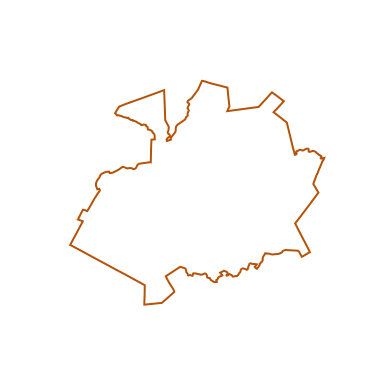 the district of Mavoko, Eastern, Kenya, rotated 61°
{"feature_id": "3690345B67354974829393", "entity_name": "Mavoko", "entity_type": "district", "adm_level": 2, "iso_a3": "KEN", "parent_name": "Kenya", "parent_adm1": "Eastern", "projection": "natural_earth1", "projection_center": [37.054, -1.446], "detail": "fine", "context": "isolated", "style": "outline", "palette": "amber", "viewbox_px": 384, "rotation_deg": 61, "n_neighbors": 0, "source": "geoboundaries", "source_scale": "gbopen_adm2", "svg_char_len": 6059}
<svg xmlns="http://www.w3.org/2000/svg" viewBox="0 0 384 384"><g transform="rotate(61 192 192)"><path d="M100.6,128.0L100.2,128.8L99.6,129.4L104.7,136.1L105.4,137.2L106.5,139.5L109.1,145.3L109.6,146.3L109.8,147.3L110.0,148.2L110.2,150.7L110.3,151.4L110.6,151.9L111.1,152.3L111.6,152.4L112.2,152.2L112.7,151.9L113.3,151.7L113.9,151.8L114.5,152.5L115.6,154.2L116.2,155.0L116.9,155.3L118.3,155.2L118.8,155.2L119.4,155.4L119.8,155.9L120.0,156.4L120.4,157.0L120.8,157.4L121.2,157.8L121.8,158.1L122.9,158.6L123.4,159.4L123.5,160.1L123.7,161.0L125.0,162.4L125.3,163.5L125.8,168.3L126.1,171.9L126.4,172.7L126.9,173.9L127.3,174.4L128.3,175.3L129.3,175.8L130.6,176.7L131.4,177.4L131.9,178.5L132.9,180.8L134.0,183.4L134.4,184.1L134.8,184.7L135.4,185.0L136.0,185.1L135.2,189.3L134.5,189.1L133.9,188.7L133.1,187.6L132.8,186.5L132.8,185.7L132.6,184.8L132.2,184.2L131.8,183.9L131.1,183.9L130.2,184.1L129.7,184.4L129.0,184.5L128.3,184.4L127.8,184.1L127.1,183.2L126.5,182.5L125.3,181.7L124.7,181.5L124.1,180.9L123.4,180.7L116.2,180.6L111.0,177.9L89.4,167.0L87.1,181.5L85.7,190.4L82.8,207.8L82.0,214.3L85.8,221.1L86.4,220.8L87.2,220.8L88.2,220.6L88.8,220.3L88.9,219.7L89.2,219.2L90.2,218.2L90.8,217.4L91.6,216.7L93.0,215.8L93.6,215.3L94.0,214.9L94.5,214.0L95.0,213.3L95.8,213.0L96.1,212.4L96.2,211.8L96.8,211.6L97.6,211.5L98.4,211.1L99.2,210.6L99.7,210.1L100.0,209.5L100.3,209.0L101.1,209.1L101.7,208.1L102.9,207.2L103.5,206.6L105.0,206.0L105.6,205.7L106.3,205.0L106.9,204.6L107.5,204.3L108.2,203.9L109.0,203.9L109.3,203.3L109.4,201.8L109.9,201.1L110.4,200.4L110.9,199.9L111.5,200.2L112.4,200.0L113.0,199.6L113.6,199.3L114.2,199.6L115.3,200.1L115.9,200.3L116.3,200.0L116.6,199.4L117.0,199.0L117.4,198.5L117.9,198.2L118.6,198.0L119.1,197.6L119.8,197.3L120.5,197.6L121.3,197.5L122.2,197.2L122.8,197.0L123.5,197.0L124.2,197.2L126.0,198.1L126.7,198.5L127.9,199.0L126.6,202.1L132.1,205.5L146.1,213.7L145.7,214.3L144.7,216.3L144.4,217.3L144.0,218.5L143.1,220.7L142.5,222.3L142.0,223.5L141.7,224.3L141.7,225.0L141.7,225.6L141.8,226.3L142.2,227.1L143.6,229.0L143.8,229.5L144.0,230.1L144.0,230.8L143.9,231.6L143.6,232.2L142.4,232.9L141.7,233.5L141.4,234.0L141.1,234.4L140.6,235.5L140.3,236.3L139.9,237.3L138.8,238.2L137.4,239.3L136.9,239.9L136.4,240.6L136.4,241.6L136.5,242.4L136.8,244.3L136.9,246.4L136.7,251.8L136.5,252.4L135.8,254.4L135.5,254.9L134.0,254.6L132.9,256.9L132.6,258.7L132.4,260.0L132.3,261.3L132.4,262.2L132.7,263.4L132.9,264.1L133.3,264.7L133.8,265.1L134.2,265.8L134.5,266.3L135.1,267.6L136.0,269.5L137.5,271.4L138.7,272.3L139.9,272.9L142.3,273.3L143.7,273.5L144.3,271.6L145.5,271.6L146.1,272.1L146.6,272.9L147.5,274.8L150.6,280.7L156.1,289.6L157.9,292.9L156.1,294.3L154.6,295.9L156.6,299.0L159.5,303.3L160.4,304.5L160.7,305.1L164.7,301.7L167.6,306.2L174.0,316.0L175.0,317.7L177.4,321.4L179.2,324.2L191.1,316.5L200.9,310.3L213.5,302.2L223.1,296.1L230.7,291.1L250.6,278.5L257.8,282.6L264.8,286.8L267.4,288.3L274.4,272.1L270.8,255.9L270.0,255.7L268.1,255.5L263.0,255.8L259.8,256.0L253.0,255.8L251.7,238.6L253.5,236.9L254.5,235.9L255.1,235.3L255.7,235.1L256.6,234.9L257.4,235.1L258.3,235.4L259.4,235.8L260.1,235.7L260.8,235.5L261.6,235.5L262.8,235.9L263.4,235.4L263.5,234.7L263.7,234.0L264.1,233.5L264.7,233.1L265.5,232.2L263.8,230.4L264.3,229.4L264.9,228.4L268.4,224.6L268.8,224.0L269.1,223.2L269.2,222.5L269.5,220.2L270.0,219.7L270.6,219.4L271.2,219.4L272.8,219.5L273.9,220.1L274.7,219.7L275.3,219.1L275.7,218.3L276.6,218.1L277.4,218.2L278.3,218.1L279.5,217.4L280.0,217.2L281.1,216.6L281.5,216.3L281.9,215.6L282.5,214.4L282.6,213.8L281.3,213.8L280.7,213.2L280.8,212.1L279.9,211.0L279.6,210.5L279.4,209.6L279.5,208.0L279.7,206.9L279.7,205.9L278.9,205.9L278.1,206.2L277.0,206.4L276.2,206.5L276.4,203.5L276.3,202.3L277.1,201.7L278.3,200.6L279.2,200.2L280.1,200.1L280.6,200.2L281.0,200.7L281.4,202.1L282.1,202.1L282.3,201.2L282.0,198.9L282.6,198.7L283.0,198.4L284.0,197.6L284.7,197.4L285.6,197.4L286.2,196.5L286.4,195.6L286.7,194.5L287.0,194.0L287.3,193.4L287.0,192.0L286.6,191.2L286.1,190.7L285.6,189.0L285.1,188.3L283.8,187.1L283.4,186.3L283.3,185.4L283.4,184.6L283.9,184.0L284.6,183.3L285.3,182.7L286.0,182.3L286.6,181.7L286.5,180.9L285.9,180.2L285.5,179.6L284.5,178.9L283.7,177.6L283.0,177.0L282.6,176.3L282.7,175.5L283.1,175.0L283.5,174.6L284.0,174.2L284.9,173.1L285.1,172.6L285.4,172.1L286.7,170.4L288.0,173.5L290.2,172.8L290.6,172.4L290.0,171.5L289.9,170.4L289.5,169.7L289.1,169.3L288.8,168.5L288.1,167.8L287.6,167.2L287.3,166.3L287.1,165.7L286.6,164.3L286.1,163.3L284.9,162.9L284.6,162.4L284.0,162.1L283.5,161.7L283.1,161.1L282.3,159.8L282.1,159.2L281.8,158.5L281.4,158.0L281.1,157.7L281.4,157.1L282.0,156.5L282.5,155.9L282.7,155.4L283.3,154.5L283.9,153.9L284.6,153.3L285.7,151.9L286.0,151.2L286.6,149.6L287.6,147.5L288.2,145.9L288.3,144.5L288.3,143.5L288.4,142.5L287.7,141.6L287.7,140.2L287.9,139.0L288.1,138.2L288.5,137.3L289.1,136.8L289.9,135.4L290.2,134.9L290.6,134.4L290.9,133.9L291.3,133.2L292.3,131.6L294.6,127.9L295.4,127.5L296.0,127.3L301.9,127.4L302.0,126.7L301.8,120.3L301.7,119.2L301.9,118.1L297.3,117.8L276.4,117.3L269.5,117.0L260.9,97.3L253.8,81.7L243.8,82.0L241.7,79.7L240.6,78.3L238.8,76.3L237.6,74.8L237.1,74.1L236.7,73.4L236.4,73.0L234.3,70.6L232.0,67.6L230.8,66.0L229.2,64.1L228.5,63.4L228.3,62.7L227.7,61.5L227.3,61.0L226.8,60.4L226.3,59.8L226.0,60.8L225.8,61.7L225.5,62.8L224.7,63.0L223.6,61.5L222.9,61.7L222.4,62.2L220.5,63.2L219.8,63.3L219.2,63.5L218.6,63.9L218.0,64.2L216.9,64.4L216.3,64.7L215.7,65.2L215.1,65.9L214.6,66.6L214.3,68.1L214.1,69.1L213.7,70.1L213.0,70.3L211.4,69.3L210.8,69.3L210.3,69.6L209.8,70.4L209.6,71.0L209.6,71.8L209.6,73.0L209.6,73.9L209.5,74.9L209.0,75.6L208.4,76.0L207.8,76.6L207.3,77.2L207.2,77.8L207.3,78.5L207.4,79.3L207.1,80.1L207.2,81.2L207.9,81.9L208.5,81.6L209.2,81.9L209.5,82.5L209.6,83.2L209.3,84.0L202.7,82.4L188.6,78.5L179.8,76.1L177.2,75.4L166.5,79.9L161.7,82.0L160.6,78.3L160.2,76.8L157.1,67.6L143.6,73.7L149.0,89.7L149.9,92.5L143.4,109.1L138.8,120.9L138.4,121.9L135.0,117.6L132.9,116.8L124.8,113.4L117.9,110.4L112.3,116.2L105.8,123.2L100.6,128.0Z" fill="none" stroke="#b45309" stroke-width="2"/></g></svg>